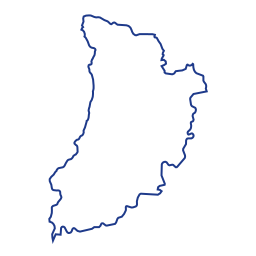 outline of Lérida
{"feature_id": "ESP-5831", "entity_name": "Lérida", "entity_type": "Autonomous Community", "adm_level": 1, "iso_a3": "ESP", "parent_name": "Spain", "parent_adm1": "", "projection": "mercator", "projection_center": [0.993, 42.04], "detail": "fine", "context": "isolated", "style": "outline", "palette": "blue", "viewbox_px": 256, "rotation_deg": 0, "n_neighbors": 0, "source": "natural_earth", "source_scale": "10m", "svg_char_len": 4412}
<svg xmlns="http://www.w3.org/2000/svg" viewBox="0 0 256 256"><path d="M89.0,15.4L90.8,15.5L94.4,17.0L96.2,17.4L98.2,17.2L100.0,17.5L104.4,20.1L107.5,21.3L108.4,22.0L110.1,23.7L111.2,24.2L112.2,23.6L113.1,22.8L114.2,22.5L115.1,22.8L116.8,24.2L117.6,24.7L126.4,25.3L128.6,26.0L130.4,27.6L131.4,29.7L132.2,31.9L133.3,33.8L135.1,35.1L136.2,35.3L139.7,34.1L152.4,34.2L154.9,34.8L154.4,36.8L154.9,37.4L155.9,37.5L156.8,37.9L158.6,41.2L160.6,44.0L162.4,48.8L163.9,50.8L163.4,51.7L162.8,53.1L162.7,54.4L163.6,55.0L163.6,55.5L161.8,58.5L161.5,60.1L163.8,59.8L165.7,61.4L166.0,63.7L164.0,65.1L163.4,65.3L161.6,66.1L164.6,70.8L164.6,72.5L165.8,73.4L172.1,74.3L172.9,74.1L174.1,73.5L174.8,72.7L175.2,71.9L175.8,71.2L178.7,70.8L182.3,70.4L185.7,68.9L186.8,65.2L187.2,64.7L187.5,64.6L187.8,64.7L188.0,65.1L189.3,65.6L190.5,65.5L191.7,65.0L192.7,63.8L193.0,64.0L193.2,64.3L193.2,64.7L193.2,65.1L193.4,67.5L193.9,69.7L194.9,71.7L196.4,73.2L203.0,75.7L203.4,76.5L203.4,80.6L203.9,81.7L205.7,84.1L206.1,85.2L206.2,86.3L206.1,87.4L205.8,88.5L206.7,91.4L193.5,94.0L190.5,97.6L190.2,98.5L190.2,99.4L191.0,104.6L191.4,105.5L192.0,106.2L195.2,107.8L195.6,108.4L195.9,109.5L195.8,110.7L195.4,111.9L194.8,112.8L193.6,113.5L193.2,113.9L192.8,114.9L192.7,115.4L192.6,116.0L193.6,119.6L193.2,120.9L192.7,121.4L191.3,121.9L190.9,122.4L190.8,123.2L191.2,125.6L191.1,127.0L190.8,128.4L190.1,129.6L187.9,131.7L187.6,132.6L187.8,133.8L188.2,134.4L188.7,134.6L191.3,133.5L192.0,133.4L192.7,133.8L193.4,134.8L193.6,135.9L193.2,137.0L192.4,137.9L191.3,138.4L188.0,138.4L187.1,138.7L186.4,139.6L186.1,140.6L186.0,144.1L183.2,148.8L183.1,150.4L185.0,155.3L185.1,156.8L184.7,158.1L177.4,166.6L176.7,167.2L175.7,167.2L173.2,164.9L172.3,164.7L169.4,165.3L168.5,164.9L166.6,162.3L165.5,161.8L164.2,161.9L163.0,162.5L162.1,163.6L161.8,164.5L161.5,175.4L164.8,183.8L164.6,184.8L159.7,185.9L158.1,187.2L157.7,189.5L159.7,189.8L161.6,191.2L160.1,193.3L157.9,194.7L140.9,193.7L140.2,194.0L139.5,194.5L137.8,197.6L136.9,201.2L137.0,204.4L136.7,205.6L135.7,206.5L132.9,207.4L131.5,207.5L126.9,206.1L126.1,206.4L125.8,207.2L125.9,209.4L125.8,210.4L124.1,213.9L121.8,216.7L118.3,217.8L117.5,218.7L116.1,222.5L115.0,223.9L106.8,225.6L105.7,225.4L103.1,223.4L102.1,223.3L101.5,223.6L101.1,224.2L100.5,225.7L99.1,227.1L94.3,227.1L92.0,228.8L80.0,231.6L77.5,230.9L74.8,228.5L73.9,228.1L73.1,228.4L72.4,229.2L71.6,231.4L70.8,232.4L69.7,232.9L68.5,233.0L67.5,232.5L66.7,231.4L64.7,227.5L63.8,226.8L62.8,226.6L61.8,227.0L61.1,228.0L60.6,234.7L55.7,234.3L53.0,240.6L52.4,237.4L52.2,234.2L54.8,228.4L54.5,226.0L53.5,224.1L52.2,222.7L50.4,221.9L49.6,221.7L49.3,218.9L50.8,216.8L51.8,213.0L51.9,210.3L51.8,207.6L52.1,206.8L53.1,205.9L56.2,204.9L56.9,204.5L57.2,204.2L57.4,203.9L57.4,203.7L57.6,203.2L58.0,202.3L58.6,201.5L60.6,199.1L61.1,198.2L61.4,197.3L61.1,196.1L60.6,195.2L60.3,194.1L60.2,193.1L60.2,192.0L59.6,190.9L58.8,190.5L57.8,190.4L56.7,190.5L53.5,190.1L52.7,189.7L52.1,188.9L51.8,187.8L51.3,184.7L49.8,181.3L49.7,180.2L49.7,179.1L51.2,176.9L53.7,174.6L55.1,172.3L55.8,171.5L56.5,170.9L56.7,170.1L57.4,169.1L57.8,168.7L58.5,168.2L59.3,168.0L62.8,167.3L63.9,166.6L64.7,165.5L65.8,163.2L67.2,160.9L67.6,160.4L68.2,159.9L69.0,159.6L71.0,159.1L71.9,158.4L72.7,157.4L73.5,155.8L75.0,154.8L75.9,154.4L76.5,153.5L77.2,152.7L77.6,151.8L77.4,147.2L77.2,146.3L76.8,145.6L75.9,145.0L74.5,143.6L74.4,142.8L74.8,141.9L75.4,141.1L76.2,140.3L77.1,139.7L78.0,139.6L78.7,139.2L79.2,138.6L79.9,137.1L80.4,136.4L81.1,135.8L82.3,135.3L82.7,134.8L83.2,134.0L83.7,132.5L83.6,131.4L83.6,130.5L85.0,127.4L86.6,121.7L86.6,121.0L87.6,120.2L88.2,119.0L88.6,117.5L88.9,114.5L89.2,113.0L88.9,111.6L88.6,110.8L88.8,109.3L89.1,108.0L89.5,107.0L90.3,102.6L90.5,101.9L90.9,101.3L91.7,100.0L92.6,97.3L92.8,96.4L93.0,93.9L93.0,92.1L92.9,91.5L93.4,89.6L93.6,88.3L93.6,85.6L93.1,79.6L92.2,76.2L91.7,74.5L91.0,73.6L90.6,73.1L90.2,72.8L89.8,72.2L89.4,71.1L89.4,69.7L89.1,68.6L88.6,67.5L88.4,66.4L88.7,65.2L89.4,64.7L90.2,64.7L90.6,64.6L91.0,64.4L91.4,64.1L91.4,63.8L91.7,63.0L91.4,61.5L91.8,60.3L92.1,59.4L92.6,58.9L93.1,57.7L93.7,56.5L94.2,55.7L94.5,55.1L94.6,54.5L94.8,53.6L94.9,51.6L95.1,50.9L95.5,50.0L95.4,49.4L95.0,48.8L93.9,48.1L91.8,47.7L90.9,47.3L89.9,46.5L89.1,45.3L87.7,41.4L85.7,37.7L84.5,36.6L84.7,36.3L84.8,34.0L84.1,31.8L82.8,30.3L81.4,29.7L82.0,28.3L82.4,27.7L83.1,27.1L82.0,25.5L83.5,21.6L83.2,18.5L83.7,16.5L86.1,15.6L89.0,15.4Z" fill="none" stroke="#1e3a8a" stroke-width="2"/></svg>